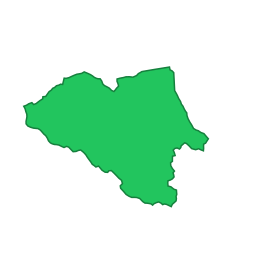 Coração de Maria, Bahia, Brazil (Natural Earth projection), rotated 317°
{"feature_id": "56859067B97509655153591", "entity_name": "Coração de Maria", "entity_type": "district", "adm_level": 2, "iso_a3": "BRA", "parent_name": "Brazil", "parent_adm1": "Bahia", "projection": "natural_earth1", "projection_center": [-38.789, -12.217], "detail": "fine", "context": "isolated", "style": "filled", "palette": "green", "viewbox_px": 256, "rotation_deg": 317, "n_neighbors": 0, "source": "geoboundaries", "source_scale": "gbopen_adm2", "svg_char_len": 2502}
<svg xmlns="http://www.w3.org/2000/svg" viewBox="0 0 256 256"><g transform="rotate(317 128 128)"><path d="M179.4,190.7L179.5,187.8L179.7,183.9L178.2,180.9L177.6,178.0L176.4,175.9L175.6,173.0L176.3,170.5L176.8,168.5L177.2,166.0L178.3,162.0L179.7,159.0L181.3,157.0L181.5,154.9L182.1,152.4L183.1,149.4L183.3,147.0L184.5,144.4L185.2,140.9L186.2,138.1L186.8,136.0L187.6,132.5L199.2,118.7L199.2,116.3L198.4,114.1L199.9,111.7L186.8,102.9L176.6,96.2L174.6,95.8L172.7,95.3L170.0,95.5L166.3,94.2L163.9,91.4L161.4,89.2L158.9,87.9L156.3,86.2L153.4,84.7L151.8,86.4L150.9,88.8L149.6,91.0L146.8,91.1L144.6,91.5L142.6,91.7L141.6,89.4L141.5,86.0L140.5,83.0L139.7,80.9L139.6,78.5L140.8,75.8L141.2,73.1L139.6,71.5L138.6,69.8L137.9,67.9L137.6,65.9L137.0,63.5L135.9,60.8L134.2,57.1L131.5,56.5L129.2,55.1L127.3,53.8L124.8,52.8L121.9,51.8L119.1,50.9L116.6,49.5L115.3,48.0L109.9,51.6L108.6,50.0L106.7,49.5L104.5,48.3L101.9,48.3L100.0,47.6L97.8,48.0L95.1,47.6L89.3,48.8L87.1,47.1L85.5,48.5L82.8,48.0L80.2,47.7L77.5,47.5L75.0,46.5L75.0,43.9L71.9,42.6L69.2,42.1L66.6,41.0L65.9,43.7L64.5,46.3L63.4,48.9L61.7,50.9L59.8,52.3L58.0,53.6L56.3,55.5L56.1,58.2L57.2,60.9L58.7,63.5L60.3,65.4L61.8,67.1L62.5,69.8L62.4,72.8L62.3,75.0L62.6,77.5L62.1,80.4L61.1,83.2L61.1,86.0L61.8,87.9L62.9,89.8L64.4,91.4L65.8,93.3L66.9,96.2L67.9,98.6L70.5,99.5L71.6,101.5L71.6,104.4L71.7,107.9L74.0,109.7L76.5,110.6L78.4,111.8L78.9,115.5L78.9,118.8L78.3,121.9L77.9,125.0L77.6,127.8L77.1,130.2L77.6,132.2L77.9,134.6L80.5,135.8L80.4,138.1L80.2,141.1L81.1,144.7L82.9,146.6L84.7,146.2L86.8,147.8L87.0,151.2L87.1,155.0L87.1,158.4L87.6,161.9L86.0,164.9L82.9,165.0L81.5,167.1L81.5,171.3L81.3,175.3L82.2,178.6L83.4,181.3L85.5,183.2L87.0,184.8L88.5,187.5L88.6,191.9L89.2,194.5L90.6,195.9L91.8,197.4L93.1,199.2L93.4,201.2L95.3,201.1L97.8,201.9L100.0,203.0L100.9,205.4L101.1,207.7L102.8,208.4L104.0,210.0L104.8,211.9L106.0,215.0L108.4,214.0L111.0,214.1L113.4,214.1L115.2,212.7L116.4,210.9L118.4,209.8L119.8,208.0L121.1,206.4L119.8,204.0L119.3,200.3L117.7,197.7L119.7,195.2L121.2,193.9L123.4,194.9L125.8,195.5L128.3,195.2L129.5,193.3L130.4,191.5L132.6,191.2L132.8,187.9L133.6,184.7L135.5,182.4L137.7,182.7L139.5,180.8L141.3,179.0L143.7,180.3L145.1,177.5L146.0,175.0L148.3,174.9L150.3,176.1L151.3,178.5L153.2,178.3L154.7,177.3L156.9,177.4L159.4,177.5L160.2,179.3L160.5,182.7L160.5,186.5L162.7,190.0L165.6,191.4L166.3,193.4L167.6,196.1L169.4,194.5L170.7,193.0L172.3,191.4L174.4,192.0L177.0,191.3L179.4,190.7Z" fill="#22c55e" stroke="#15803d" stroke-width="1.5"/></g></svg>